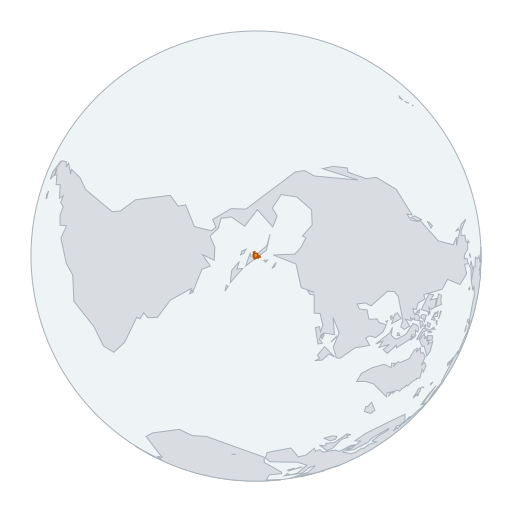 Camagüey highlighted on a globe, orthographic projection, rotated 118°
{"feature_id": "CUB-1364", "entity_name": "Camagüey", "entity_type": "Province", "adm_level": 1, "iso_a3": "CUB", "parent_name": "Cuba", "parent_adm1": "", "projection": "orthographic", "projection_center": [-77.855, 21.478], "detail": "fine", "context": "on_globe", "style": "filled", "palette": "amber", "viewbox_px": 512, "rotation_deg": 118, "n_neighbors": 0, "source": "natural_earth", "source_scale": "10m", "svg_char_len": 11465}
<svg xmlns="http://www.w3.org/2000/svg" viewBox="0 0 512 512"><g transform="rotate(118 256 256)"><circle cx="256" cy="256" r="225" fill="#eef3f6" stroke="#a8b0b8"/><path d="M254.7,307.3L249.4,304.9L244.2,311.4L225.9,300.3L219.3,286.9L163.4,260.8L157.8,253.2L157.9,241.9L141.0,201.6L147.6,238.1L140.6,230.1L135.4,216.6L138.8,214.1L136.0,195.1L130.1,186.8L131.3,163.6L146.4,137.4L148.1,142.3L151.5,136.1L149.7,129.8L147.7,127.3L157.1,102.2L153.5,87.1L145.0,87.8L152.6,83.9L131.7,89.8L125.1,88.1L137.1,86.8L141.8,84.4L139.5,81.3L143.8,78.3L145.2,75.3L150.6,72.2L157.2,72.5L160.8,70.7L159.0,68.7L163.2,64.8L165.3,67.9L172.9,61.7L185.4,62.5L186.7,75.9L198.1,76.0L211.3,89.7L214.6,86.7L221.7,90.9L228.1,89.2L228.7,92.8L233.3,88.5L231.5,85.5L232.9,82.8L236.5,81.7L238.0,85.9L236.4,87.1L238.7,87.8L237.8,90.5L240.3,88.6L241.6,94.3L245.7,87.3L251.2,90.7L250.6,94.9L243.7,96.2L225.1,111.3L222.4,117.1L225.5,123.4L246.1,131.0L246.0,137.2L250.9,144.2L254.2,139.7L251.5,132.6L258.8,126.6L254.7,119.4L257.0,116.1L255.5,108.7L263.3,108.2L271.7,112.0L273.3,118.4L277.0,120.6L281.6,113.6L290.5,125.4L306.7,133.7L308.2,137.3L300.1,145.1L284.6,146.6L274.1,159.2L288.6,149.8L292.1,160.1L295.8,161.6L300.1,160.6L301.8,156.4L304.6,160.0L291.3,169.9L288.6,166.8L292.8,163.5L285.6,164.6L276.6,172.5L279.1,177.8L263.1,186.3L264.6,190.3L262.0,194.9L260.6,187.6L262.8,201.2L244.3,216.9L247.0,241.3L236.1,222.5L227.1,220.3L216.4,220.5L216.6,224.4L202.1,221.0L189.2,228.6L184.7,247.6L189.9,262.6L206.0,264.1L210.8,256.1L222.5,254.8L214.4,276.5L235.0,280.0L233.1,296.1L239.1,304.5L249.3,302.3L260.0,306.0L267.4,296.5L279.4,290.9L279.9,303.9L286.3,291.7L293.2,297.5L316.9,294.9L315.2,298.1L335.2,310.9L356.4,314.2L361.3,322.5L358.8,328.6L366.0,328.8L366.1,332.5L394.1,331.5L407.8,336.4L407.0,348.6L394.6,365.6L381.5,395.5L358.8,408.9L351.7,419.9L331.8,436.6L318.2,437.5L320.8,443.4L312.1,448.1L303.0,449.4L300.3,453.7L293.4,454.4L297.3,456.6L284.9,462.4L286.9,466.0L277.6,469.9L279.2,471.6L276.1,471.8L272.6,472.6L271.9,473.6L263.0,472.2L261.8,467.9L266.0,465.4L262.0,465.0L270.9,458.0L266.1,459.6L269.4,448.2L277.3,437.6L284.4,403.8L279.9,396.8L263.0,388.8L242.7,360.3L248.5,348.1L243.9,342.2L258.9,324.2L254.7,307.3ZM47.7,204.5L49.3,199.5L49.1,203.5L47.7,204.5ZM49.7,195.8L49.3,197.7L49.5,196.0L49.7,195.8ZM49.6,194.3L49.7,195.4L49.4,194.6L49.6,194.3ZM49.1,192.8L49.5,193.4L49.3,193.5L49.1,192.8ZM246.0,249.5L269.6,260.5L256.4,262.4L258.8,260.2L252.8,255.5L241.7,251.3L230.1,253.8L246.0,249.5ZM49.2,189.0L49.3,188.0L49.7,188.0L49.2,189.0ZM256.1,236.0L252.1,235.1L256.0,234.9L256.1,236.0ZM146.1,126.8L149.2,130.0L149.3,137.2L146.1,134.7L146.1,126.8ZM146.6,114.4L149.3,114.6L145.2,120.6L144.9,118.6L146.6,114.4ZM138.0,89.4L139.8,91.0L136.6,90.6L138.0,89.4ZM144.4,75.5L142.6,76.1L144.1,74.3L144.4,75.5ZM251.4,109.5L253.4,109.1L252.6,110.7L251.4,109.5ZM248.8,106.8L246.4,109.0L244.9,108.1L246.4,106.7L248.8,106.8ZM153.7,68.2L156.7,65.5L154.8,68.2L153.7,68.2ZM252.1,104.5L242.4,106.2L239.7,104.6L243.1,98.4L252.1,104.5ZM159.2,63.9L166.4,58.0L162.9,58.7L176.9,54.1L166.2,60.3L164.3,63.3L162.7,62.5L159.2,63.9ZM229.4,85.1L231.5,88.2L226.4,86.7L229.4,85.1ZM225.8,84.9L208.2,85.5L206.9,80.9L213.1,81.4L208.7,76.7L216.8,74.0L221.0,76.0L220.2,79.4L223.8,75.9L225.8,84.9ZM183.6,52.8L186.3,51.7L184.7,53.0L183.6,52.8ZM233.1,81.6L229.6,81.9L228.3,77.8L234.9,76.5L233.2,78.2L233.1,81.6ZM203.7,76.9L203.8,73.9L210.4,70.9L211.4,69.4L216.9,73.6L203.7,76.9ZM235.4,78.6L238.4,76.0L242.3,77.0L236.4,81.0L235.4,78.6ZM225.1,77.5L224.8,75.6L227.2,76.1L225.1,77.5ZM257.9,80.1L253.8,80.1L252.7,77.9L257.9,80.1ZM239.2,74.9L237.8,74.6L237.0,73.9L239.7,72.5L239.2,74.9ZM221.1,71.4L223.8,70.9L219.2,69.4L223.9,67.5L226.7,70.8L227.5,68.5L228.9,67.9L229.6,71.3L221.1,71.4ZM239.8,68.9L245.0,73.0L252.8,73.2L254.0,75.0L241.2,74.5L239.8,68.9ZM233.8,70.0L237.8,69.7L237.2,71.9L234.1,73.5L233.8,70.0ZM226.1,65.1L218.1,67.2L217.8,66.5L226.1,65.1ZM242.2,68.5L240.9,67.5L242.8,68.2L242.2,68.5ZM231.2,65.5L228.4,66.3L228.1,65.4L231.2,65.5ZM240.6,65.2L242.2,66.4L240.2,67.4L240.6,65.2ZM236.4,65.0L236.6,63.6L238.5,67.1L235.2,65.4L236.4,65.0ZM231.3,64.5L230.2,64.3L232.5,64.4L231.3,64.5ZM247.4,60.9L250.2,65.1L245.7,67.2L243.6,62.8L247.4,60.9ZM277.5,474.9L263.6,472.8L271.5,473.8L277.9,472.0L284.9,473.6L277.5,474.9ZM295.9,469.7L302.8,468.0L304.2,468.3L299.7,469.6L295.9,469.7ZM428.7,111.3L430.2,113.2L424.7,107.3L413.3,94.7L428.7,111.3ZM396.2,79.7L399.5,82.4L400.5,83.1L403.3,85.6L405.6,87.6L404.5,86.8L401.7,84.3L402.7,85.6L415.8,97.9L418.7,100.5L425.1,109.1L430.5,114.5L434.4,119.6L426.6,112.6L422.8,108.6L413.2,104.9L417.8,109.7L427.1,113.8L426.9,114.8L433.1,122.5L428.2,117.5L416.8,112.8L418.5,122.3L431.1,147.1L429.9,153.0L424.2,153.9L409.2,135.1L413.5,124.2L408.2,118.4L398.4,114.2L400.6,111.6L397.1,108.9L397.9,105.0L390.1,94.8L389.6,90.9L378.1,82.8L376.2,79.9L383.6,85.3L388.4,87.4L385.9,79.2L383.0,76.4L375.7,72.1L375.9,70.8L369.2,67.8L363.6,62.4L364.8,66.7L356.2,62.8L348.3,57.9L345.7,57.6L358.6,65.9L363.6,68.6L367.6,69.5L381.4,79.0L384.0,82.9L370.4,76.7L372.7,81.9L361.0,75.8L333.1,55.7L325.8,50.2L331.6,47.1L338.2,49.7L339.4,51.8L346.1,52.5L341.8,51.1L342.0,50.4L333.9,47.4L333.7,46.8L326.3,45.2L325.1,44.1L329.8,45.1L316.8,40.7L312.0,38.6L309.2,38.0L307.5,37.9L302.6,35.9L300.7,35.6L301.6,36.0L298.5,35.9L291.0,35.1L289.7,34.4L292.2,34.6L295.5,34.4L302.4,35.6L301.1,35.3L294.8,34.2L290.8,34.3L286.7,34.1L287.7,33.6L287.0,33.8L284.5,33.5L280.9,32.7L279.4,33.3L254.2,33.6L244.6,33.0L248.2,32.0L229.2,33.7L219.9,34.3L220.8,34.6L212.2,36.5L215.0,36.3L214.8,36.6L194.2,43.2L188.3,44.7L180.4,49.2L180.8,49.5L184.7,48.5L176.9,54.1L162.9,58.7L162.6,57.6L153.9,61.8L154.5,59.1L151.1,59.3L156.7,54.9L153.4,56.0L150.4,57.6L143.7,60.8L142.4,61.5L155.1,54.6L156.4,53.9L164.0,52.3L162.1,52.0L166.5,50.1L168.2,49.0L166.5,49.4L163.8,50.5L169.6,47.9L184.6,42.3L199.9,37.8L215.6,34.4L231.4,32.1L247.3,30.9L263.3,30.8L279.3,31.9L295.1,34.1L310.8,37.5L326.1,41.9L341.2,47.4L355.7,54.0L369.8,61.6L383.3,70.2L396.2,79.7ZM480.6,273.2L480.9,264.9L480.8,248.1L480.0,243.8L479.3,249.4L477.8,244.3L476.9,246.6L466.9,268.4L460.6,264.1L445.1,242.3L444.5,228.0L438.6,215.1L429.8,154.3L434.4,151.9L434.9,131.8L436.1,131.3L443.1,141.6L449.1,141.7L442.7,131.0L442.0,128.9L451.0,143.2L458.9,158.2L465.7,173.7L471.3,189.6L475.7,206.0L478.8,222.6L480.7,239.4L481.3,256.3L480.6,273.2ZM440.5,180.6L442.5,184.6L440.5,180.6ZM317.7,294.7L320.5,296.9L316.8,297.4L317.7,294.7ZM254.6,267.9L259.6,268.1L262.2,270.1L258.4,270.8L254.6,267.9ZM295.9,266.2L301.5,267.0L295.7,268.5L295.9,266.2ZM273.2,261.9L291.4,266.2L280.1,270.7L268.7,268.2L276.5,266.7L273.2,261.9ZM254.0,243.8L257.1,244.7L256.3,247.2L254.0,243.8ZM259.0,235.9L257.8,236.2L256.2,234.2L259.0,235.9ZM292.8,159.5L294.0,158.8L298.4,158.8L296.5,160.7L292.8,159.5ZM316.9,148.8L320.8,154.9L316.7,151.6L314.8,155.1L303.8,152.9L308.3,139.1L308.2,145.5L316.9,148.8ZM290.3,147.1L296.8,149.4L289.5,147.4L290.3,147.1ZM377.2,99.9L380.4,99.8L384.4,103.7L385.0,110.4L379.3,104.7L377.2,99.9ZM383.9,99.1L370.2,92.1L369.2,88.2L372.1,91.5L372.8,89.6L377.6,94.4L390.1,98.2L394.4,102.0L393.3,111.3L391.3,105.9L388.4,106.0L383.9,99.1ZM336.8,86.8L330.8,85.3L336.4,78.6L341.3,80.9L342.4,87.2L337.1,88.4L336.8,86.8ZM260.0,94.0L257.3,95.0L256.9,93.6L258.8,91.7L260.0,94.0ZM256.0,80.3L271.1,88.8L268.9,90.2L280.4,94.4L278.9,99.8L271.5,96.8L279.0,104.5L271.7,104.0L277.5,109.0L261.1,101.7L254.8,102.1L262.4,99.5L263.9,94.3L262.7,92.2L254.5,86.8L241.8,85.7L241.3,80.9L244.3,77.9L247.3,77.5L246.7,80.5L251.1,77.7L252.5,81.9L256.0,80.3ZM279.9,53.7L278.0,56.1L287.1,53.9L288.5,56.9L289.5,56.5L293.3,58.9L299.7,61.2L299.3,62.7L301.9,63.0L304.5,64.8L308.0,65.9L308.5,69.0L312.8,70.7L310.7,71.3L317.9,73.4L312.8,73.3L315.6,76.1L319.1,74.7L313.7,92.3L315.4,100.7L319.6,108.2L310.2,107.8L300.2,101.1L291.4,92.0L291.1,84.3L286.9,85.9L285.5,82.8L289.4,82.9L282.6,81.1L282.5,78.7L274.6,72.5L264.8,72.1L261.7,70.2L265.5,69.1L259.7,67.9L264.7,64.8L262.6,63.4L265.4,59.3L274.0,58.6L270.9,57.2L272.9,54.4L279.9,53.7ZM248.5,59.8L258.3,57.5L264.0,58.3L256.7,65.3L257.9,66.9L253.5,72.1L245.4,71.1L247.4,69.6L247.5,68.0L250.0,69.0L248.0,67.0L250.8,65.1L250.0,63.2L253.4,62.9L248.5,59.8ZM433.2,126.1L433.4,125.0L432.7,122.5L436.6,127.5L433.2,126.1ZM425.7,122.9L425.3,121.1L430.5,126.3L430.3,127.7L425.7,122.9ZM420.5,115.9L424.8,120.6L422.4,118.9L420.5,115.9ZM382.7,83.7L381.6,81.8L383.2,82.6L385.9,84.7L382.7,83.7ZM307.2,50.3L305.2,50.9L303.8,50.4L296.4,50.2L294.8,48.3L298.6,47.7L307.2,50.3ZM435.2,120.2L435.0,119.4L436.3,121.6L435.2,120.2ZM304.2,48.2L301.3,48.2L302.3,47.3L304.2,48.2ZM293.2,47.0L293.5,45.8L293.7,48.1L293.2,47.0ZM285.9,36.1L298.1,38.0L305.7,39.1L308.2,38.7L309.8,40.5L298.1,38.8L285.9,36.1ZM258.2,33.8L256.0,34.7L253.5,34.3L253.7,34.0L258.2,33.8ZM259.4,34.4L263.2,35.7L259.7,36.3L257.4,35.1L259.4,34.4ZM284.1,40.7L287.8,41.2L287.0,41.9L284.1,40.7ZM185.0,51.5L186.2,51.7L183.7,52.3L185.0,51.5ZM216.6,36.5L215.8,37.0L212.9,37.4L216.6,36.5ZM212.2,39.1L216.0,38.2L212.5,39.4L212.2,39.1ZM224.3,36.3L217.7,37.9L223.3,36.0L224.3,36.3Z" fill="#d9dde1" stroke="#a8b0b8" stroke-width="1"/><path d="M255.2,253.6L255.3,253.6L255.4,253.8L255.5,254.0L255.8,254.3L255.9,254.5L255.9,254.4L256.0,254.1L256.0,254.3L256.3,254.5L256.5,254.8L256.6,254.7L256.7,254.8L256.9,254.8L257.0,254.8L257.3,254.8L257.5,254.8L257.5,255.0L257.6,255.3L257.8,255.4L257.8,255.2L257.7,255.2L257.6,254.9L257.5,254.7L257.4,254.7L257.2,254.7L257.0,254.4L256.9,254.4L257.0,254.3L257.0,254.2L257.2,254.3L257.3,254.5L257.7,254.8L257.9,254.9L258.1,255.1L258.4,255.2L258.5,255.3L258.7,255.5L258.4,255.6L258.2,255.5L257.9,255.4L257.8,255.5L258.0,255.6L258.2,255.8L258.2,256.0L258.3,256.0L258.5,256.0L258.6,255.9L258.6,255.7L258.8,255.5L259.3,256.0L259.2,256.1L259.0,256.3L258.9,256.3L258.8,256.2L258.7,256.4L258.7,256.5L258.8,256.6L258.7,256.9L258.7,257.2L258.5,257.4L258.4,257.5L258.2,257.6L258.1,257.9L257.9,257.8L257.8,258.0L257.8,257.9L257.6,257.8L257.6,257.7L257.4,257.6L257.4,257.8L257.2,257.9L257.1,258.0L256.9,258.1L256.7,258.0L256.7,258.3L256.4,258.4L256.1,258.6L256.1,259.0L255.9,258.9L255.8,259.0L255.7,259.0L255.4,259.1L255.2,259.0L255.1,258.9L254.9,258.8L254.9,258.7L254.7,258.5L254.6,258.4L254.2,258.1L253.9,257.9L253.7,257.7L253.6,257.3L253.6,257.2L253.5,256.8L253.5,256.7L253.4,256.4L253.3,256.2L253.2,255.9L253.3,255.7L253.5,255.5L253.7,255.4L253.8,255.5L253.9,255.2L254.1,255.2L254.3,255.0L254.3,254.9L254.3,254.7L254.5,254.7L254.5,254.9L254.8,254.9L254.8,254.7L254.6,254.3L254.6,254.2L254.8,254.1L255.1,253.9L255.2,253.7L255.2,253.6ZM256.8,253.7L256.8,253.8L256.8,254.1L256.7,254.2L256.6,254.3L256.4,254.1L256.2,254.1L256.2,253.9L255.9,253.9L255.7,253.7L255.8,253.6L256.1,253.6L256.3,253.6L256.6,253.7L256.8,253.7ZM254.8,252.7L254.7,252.5L254.6,252.4L254.4,252.4L254.5,252.3L254.7,252.2L254.8,252.2L254.8,252.3L254.9,252.2L254.9,252.3L255.0,252.3L255.2,252.6L255.3,252.8L255.1,252.8L255.0,252.7L254.9,252.7L254.8,252.7ZM255.5,253.4L255.3,253.2L255.5,253.0L255.5,252.8L255.4,252.8L255.4,252.7L255.5,252.7L255.6,252.8L255.5,253.0L255.8,253.1L256.0,253.1L255.9,253.2L256.0,253.3L256.0,253.5L255.9,253.5L255.8,253.4L255.7,253.4L255.7,253.5L255.5,253.4ZM254.2,259.6L254.3,259.7L254.3,259.8L254.2,259.8L254.1,259.7L253.9,259.5L253.8,259.4L253.9,259.5L254.1,259.6L254.2,259.6ZM256.0,252.9L255.9,252.7L256.0,252.7L256.1,252.8L256.2,253.0L256.3,253.2L256.2,253.1L256.0,252.9ZM253.9,259.0L253.6,259.0L253.7,258.9L253.7,259.0L253.8,258.9L253.9,259.0ZM253.3,259.2L253.3,259.3L253.2,259.2L253.3,259.2L253.3,259.2Z" fill="#f59e0b" stroke="#b45309" stroke-width="1.5"/></g></svg>